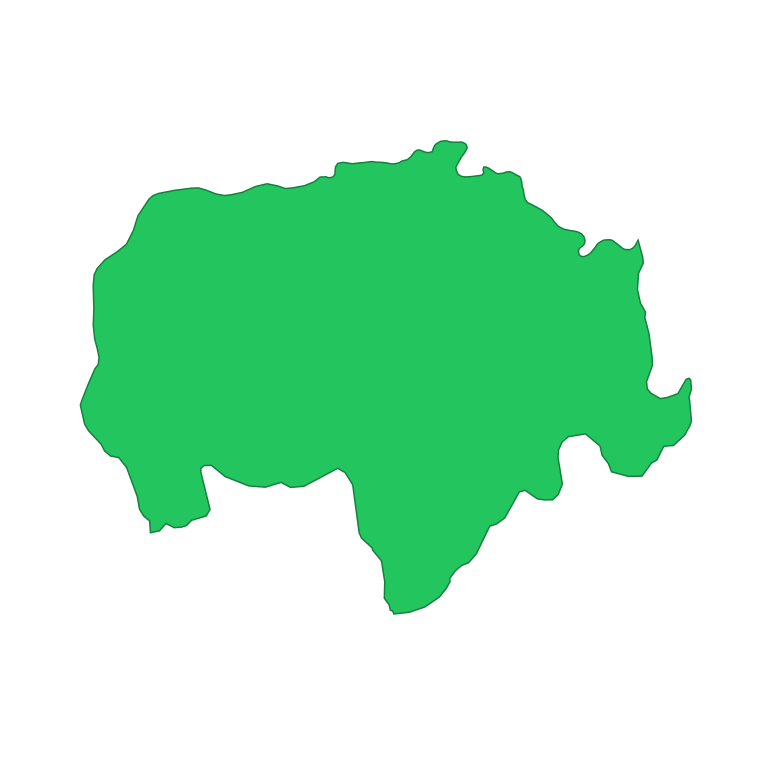 outline of San Manuel Chaparrón, Jalapa, Guatemala, rotated 170°
{"feature_id": "79465075B10388039742951", "entity_name": "San Manuel Chaparrón", "entity_type": "district", "adm_level": 2, "iso_a3": "GTM", "parent_name": "Guatemala", "parent_adm1": "Jalapa", "projection": "natural_earth1", "projection_center": [-89.778, 14.534], "detail": "fine", "context": "isolated", "style": "filled", "palette": "green", "viewbox_px": 768, "rotation_deg": 170, "n_neighbors": 0, "source": "geoboundaries", "source_scale": "gbopen_adm2", "svg_char_len": 3497}
<svg xmlns="http://www.w3.org/2000/svg" viewBox="0 0 768 768"><g transform="rotate(170 384 384)"><path d="M685.8,396.5L683.0,389.1L673.1,374.0L670.7,366.4L665.7,360.5L658.0,357.6L652.0,346.6L646.5,316.0L646.5,303.0L643.6,295.8L638.6,289.8L639.8,278.1L630.5,278.4L623.0,284.5L615.5,278.9L608.3,278.2L603.2,278.9L597.1,283.2L582.0,284.9L577.1,290.7L579.7,329.4L579.0,332.7L575.3,334.9L568.1,333.9L556.5,320.4L534.8,307.1L518.7,303.0L502.4,305.0L494.0,298.4L480.6,297.2L444.3,309.0L437.7,303.6L432.3,290.3L434.3,242.0L433.0,236.3L424.2,224.7L424.0,222.3L417.2,210.3L417.6,189.1L420.9,173.0L417.3,165.6L417.0,159.9L414.9,159.2L414.2,155.8L398.7,154.8L382.3,157.4L366.6,164.5L358.0,172.0L353.3,177.9L352.9,181.3L346.0,187.8L338.9,191.9L331.9,193.2L322.6,200.7L304.6,225.6L297.5,226.6L288.3,231.1L269.5,254.2L263.5,254.8L252.9,244.2L246.1,242.0L237.9,240.7L231.7,244.8L225.7,254.4L225.4,281.5L223.5,288.9L218.5,296.1L211.5,300.1L194.2,299.9L182.0,285.4L181.6,276.1L176.9,266.8L175.2,258.0L159.2,250.5L145.9,248.5L134.2,259.8L128.5,261.7L119.3,274.1L109.5,273.2L96.8,281.4L89.9,290.0L87.7,294.0L85.9,314.2L86.0,317.8L82.1,325.5L81.3,334.9L82.7,336.7L85.6,336.2L96.3,323.4L107.5,321.5L114.6,321.7L122.8,328.7L125.5,333.4L125.1,340.6L116.3,356.0L115.3,364.1L114.3,387.7L115.6,404.1L114.0,409.3L117.4,419.1L118.0,433.2L114.0,449.0L107.7,457.9L107.2,463.6L108.8,481.5L112.5,476.8L114.7,475.0L117.3,473.8L120.0,473.8L123.7,474.8L125.3,476.0L126.7,477.6L128.3,479.4L130.1,481.5L131.9,483.3L133.8,485.5L136.2,486.8L140.7,487.4L143.0,487.5L146.0,486.5L148.7,485.3L150.2,484.1L153.0,481.2L157.4,477.5L160.1,475.9L163.6,474.9L165.4,474.8L168.1,475.7L169.4,477.5L169.5,480.7L168.2,483.5L163.4,486.1L161.8,488.1L161.1,490.4L161.5,494.2L163.3,497.5L165.0,498.8L167.0,500.2L169.8,501.4L173.7,502.7L177.5,504.2L180.0,505.3L182.1,506.8L183.9,508.1L185.5,509.7L187.8,513.5L189.0,515.8L189.9,517.8L191.7,520.3L197.8,527.4L203.2,531.8L207.7,535.3L211.2,537.8L212.8,541.0L213.2,545.2L213.2,547.5L213.1,550.9L213.6,554.8L213.3,558.9L213.6,562.5L214.3,564.6L218.4,567.7L221.5,570.3L223.9,571.4L227.1,571.5L230.1,571.0L232.1,571.1L234.8,571.1L237.4,572.4L240.3,575.4L243.5,578.4L245.5,579.8L248.1,580.3L249.3,577.7L249.1,574.7L251.0,572.8L253.6,572.7L261.7,573.1L264.9,573.4L268.3,573.9L271.3,574.9L273.6,576.6L274.9,578.3L275.7,581.9L275.6,585.1L268.6,593.8L265.1,597.1L263.2,599.1L261.0,602.2L261.7,606.0L264.2,608.1L266.1,608.9L268.3,609.1L270.7,609.5L273.9,610.1L277.1,611.0L280.5,612.8L286.0,613.2L290.9,611.4L292.8,610.0L294.7,607.1L296.2,604.4L299.9,604.1L302.5,604.8L304.9,606.2L306.7,607.4L308.9,608.5L311.4,608.4L313.9,607.1L316.3,604.8L318.5,602.9L320.3,601.8L322.4,600.8L327.6,600.5L330.8,599.2L332.7,599.1L335.0,599.0L337.2,599.3L339.1,599.7L342.7,601.2L345.6,602.0L347.4,602.6L350.3,603.2L352.9,603.8L355.2,604.5L357.4,605.2L365.5,605.6L369.7,606.0L376.6,606.4L378.5,606.9L382.3,608.3L385.9,609.4L388.5,609.4L391.4,609.2L394.0,606.2L394.8,603.7L396.0,598.8L398.6,596.6L402.6,596.7L405.1,598.1L411.0,598.9L417.6,595.3L427.8,593.1L439.9,593.0L447.5,593.7L453.8,597.3L464.4,601.5L476.3,600.8L490.3,597.3L501.9,596.9L508.5,597.3L516.5,600.3L525.3,605.7L532.6,609.3L539.7,610.3L557.2,611.1L572.8,610.8L578.7,609.7L583.3,606.9L597.1,592.4L604.1,578.8L613.4,566.3L623.6,560.7L637.1,554.8L646.5,547.5L650.4,542.0L653.3,531.4L656.6,508.9L660.1,492.5L661.1,478.7L660.2,468.2L660.0,459.6L662.1,452.7L666.0,449.3L675.5,434.9L684.1,420.8L686.7,416.0L685.8,396.5Z" fill="#22c55e" stroke="#15803d" stroke-width="1.5"/></g></svg>